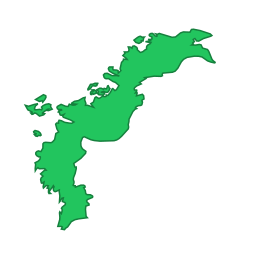 Ostrobothnia, Natural Earth projection, rotated 350°
{"feature_id": "FIN-3182", "entity_name": "Ostrobothnia", "entity_type": "Province", "adm_level": 1, "iso_a3": "FIN", "parent_name": "Finland", "parent_adm1": "", "projection": "natural_earth1", "projection_center": [22.043, 62.87], "detail": "fine", "context": "isolated", "style": "filled", "palette": "green", "viewbox_px": 256, "rotation_deg": 350, "n_neighbors": 0, "source": "natural_earth", "source_scale": "10m", "svg_char_len": 5609}
<svg xmlns="http://www.w3.org/2000/svg" viewBox="0 0 256 256"><g transform="rotate(350 128 128)"><path d="M47.8,217.1L44.8,216.0L46.1,214.1L45.1,213.3L41.8,212.7L44.8,206.5L45.4,204.1L45.8,199.6L46.3,198.7L47.5,200.8L48.8,198.0L49.0,196.6L48.5,195.5L49.6,194.4L52.9,192.6L53.3,191.2L52.7,190.3L50.6,189.0L52.2,185.6L50.6,185.7L48.8,188.0L47.6,189.0L49.1,183.0L49.2,178.5L49.6,177.1L45.6,178.1L44.5,177.7L43.9,176.7L43.8,175.5L44.1,174.2L45.0,173.1L44.5,171.8L39.6,176.7L39.4,177.7L40.4,179.0L38.8,178.8L38.5,177.4L39.4,173.7L37.9,173.1L39.5,171.1L38.2,170.5L36.8,170.8L34.3,172.4L34.2,171.2L35.9,166.6L33.7,167.5L33.1,167.0L33.0,163.6L33.7,162.2L35.9,160.6L33.9,158.0L38.5,155.1L40.0,155.3L38.9,153.5L33.5,152.7L32.4,151.4L30.7,152.4L29.3,154.0L29.6,151.7L30.7,147.9L30.4,146.1L33.9,145.0L35.7,143.6L36.5,142.2L36.5,141.1L35.0,140.9L33.2,139.3L32.6,137.6L33.0,136.2L34.2,135.3L35.8,135.0L38.2,136.1L40.7,133.0L41.5,128.8L42.7,127.8L44.5,127.8L49.6,129.1L51.1,128.7L53.7,126.7L56.0,120.9L59.0,119.9L57.8,116.5L57.4,111.7L57.7,111.4L58.6,110.7L60.4,111.2L60.5,109.7L61.5,108.4L63.6,109.2L66.6,111.4L71.1,113.0L73.4,113.6L75.8,112.7L72.6,110.0L66.2,106.2L65.8,104.9L67.2,103.5L65.2,104.0L64.2,103.8L63.4,103.2L63.0,100.4L62.1,100.2L62.6,99.2L65.7,98.9L65.7,98.3L62.8,97.6L61.9,96.9L61.6,95.3L62.2,94.5L66.2,93.1L70.4,95.8L72.8,96.4L74.3,94.3L77.7,96.0L79.8,96.2L81.4,95.6L76.9,94.3L76.9,93.7L79.9,92.4L83.9,92.4L89.2,90.5L91.1,90.4L90.2,92.7L90.8,96.5L90.0,98.3L91.9,98.5L97.7,101.6L95.6,97.6L98.4,96.5L100.7,92.4L102.0,91.8L104.2,93.7L105.3,93.7L108.3,92.4L110.6,93.1L111.8,93.1L112.2,92.8L112.3,91.7L113.9,92.4L116.9,89.8L119.4,86.5L119.9,86.5L121.6,88.9L123.3,88.2L126.5,84.6L123.5,80.9L121.4,79.7L117.4,76.0L115.0,75.7L114.1,75.2L113.3,74.1L113.0,71.5L114.6,70.3L117.1,70.5L121.4,73.7L126.0,74.4L128.5,75.4L122.4,71.3L119.5,68.7L118.9,66.3L119.6,65.1L120.4,64.7L123.8,65.3L123.3,67.3L123.5,68.2L126.9,69.0L128.2,69.8L128.0,72.1L128.9,71.7L131.0,70.2L130.5,68.6L130.7,67.8L133.0,62.3L135.2,60.6L135.5,59.4L139.1,60.4L138.5,59.2L135.5,55.8L138.1,53.8L137.6,52.5L140.7,53.0L142.0,52.6L142.6,50.9L142.3,48.2L144.1,48.6L145.8,50.1L146.4,48.7L147.1,48.2L148.6,48.3L150.6,50.1L151.0,51.2L150.7,52.5L153.0,55.4L153.5,55.8L155.9,55.4L158.6,53.9L160.0,53.6L160.3,51.6L160.8,50.6L161.9,49.7L164.2,49.0L165.3,48.0L160.2,46.0L165.3,46.0L163.3,44.1L165.2,44.7L167.1,44.4L167.3,42.4L165.7,41.6L165.0,40.6L165.3,39.5L166.8,38.9L168.3,39.0L169.2,39.7L170.5,41.8L171.8,42.7L172.6,42.5L172.6,41.5L171.8,40.2L173.3,40.8L175.2,40.3L187.1,46.3L190.6,46.6L196.2,43.5L199.2,43.0L205.6,44.4L207.6,42.0L209.6,42.1L216.0,44.6L225.3,49.6L226.7,51.5L225.5,52.0L217.8,53.0L212.8,54.7L210.7,54.2L209.4,51.5L209.1,51.6L207.6,52.1L208.4,54.5L206.7,55.2L206.5,55.4L206.9,56.7L205.3,57.3L208.9,58.1L212.8,58.1L214.4,58.8L215.3,62.2L219.9,64.5L220.8,66.4L222.6,74.8L223.4,76.4L225.2,78.4L225.0,78.8L224.4,78.9L220.9,77.4L218.0,75.7L213.2,70.9L210.0,69.6L205.9,68.8L198.5,68.7L194.7,70.0L192.0,72.1L187.4,77.8L184.3,80.2L181.5,80.8L171.9,80.0L170.9,81.1L171.0,82.5L169.5,82.9L162.8,81.5L153.2,81.3L154.3,82.4L147.2,85.1L148.7,86.9L143.9,88.1L141.6,89.4L140.9,90.4L141.0,91.7L143.1,92.1L143.1,92.9L141.4,94.7L143.0,94.7L143.1,95.1L141.9,97.8L148.0,97.3L149.0,98.9L148.8,102.2L146.8,102.9L146.3,103.7L146.7,104.2L146.7,105.2L145.7,107.5L144.6,108.0L142.1,107.8L139.6,108.5L138.8,109.4L139.9,110.4L138.3,110.7L135.7,112.6L130.6,119.4L130.0,121.9L128.8,124.7L128.8,127.2L128.1,128.9L120.3,135.0L117.2,136.9L114.8,137.8L112.1,138.1L98.2,136.1L92.6,134.5L89.4,133.1L83.4,129.0L81.6,129.5L79.1,133.6L78.6,136.9L78.7,138.3L79.5,140.6L82.5,143.7L81.8,145.6L76.3,149.7L68.4,153.5L68.8,156.8L69.1,157.4L70.2,157.4L70.0,159.0L68.1,163.5L65.7,167.5L65.2,169.3L65.5,171.7L65.0,173.3L64.0,174.8L64.3,175.3L66.0,175.7L65.9,177.1L71.7,176.1L74.4,176.6L75.4,177.4L75.6,178.7L74.0,179.0L75.1,182.3L75.0,185.3L76.1,186.5L79.3,187.2L80.8,188.3L81.4,189.1L81.0,190.2L75.7,191.4L74.6,192.5L74.8,193.8L76.4,195.9L76.3,197.1L72.9,197.6L72.0,200.7L71.4,207.7L72.4,209.3L63.7,208.9L59.7,209.1L55.9,210.4L51.4,214.9L49.3,215.8L47.8,217.1ZM56.1,91.7L55.6,93.0L55.6,94.2L56.6,96.3L52.8,97.1L51.8,96.8L53.0,95.6L51.7,95.6L46.4,98.3L46.4,98.9L48.4,99.5L47.2,100.4L42.9,100.9L40.2,97.8L38.8,97.0L36.8,97.9L35.8,97.9L34.8,96.3L36.3,96.3L36.3,95.6L32.5,92.7L30.8,87.8L33.8,89.3L39.7,88.5L42.9,88.4L42.9,89.0L40.8,90.1L39.3,92.4L39.6,93.3L39.3,93.7L40.4,94.1L44.4,94.3L46.1,95.1L46.9,94.0L46.4,92.4L48.3,91.2L51.2,90.4L54.2,90.4L56.1,91.7ZM109.5,91.3L105.2,90.3L104.7,89.8L105.0,89.4L103.8,88.6L103.9,88.2L105.0,87.8L105.4,87.1L104.0,84.9L107.0,83.9L108.6,84.2L110.6,85.6L111.4,84.8L113.3,85.7L114.2,84.9L115.2,83.0L115.9,82.9L116.5,85.3L117.1,86.0L115.3,88.5L114.3,89.2L112.7,89.2L110.4,87.7L107.3,88.1L110.6,89.1L110.9,90.1L109.5,91.3ZM158.4,41.0L159.9,41.3L159.3,41.7L157.9,44.9L156.5,44.3L156.1,44.5L156.4,45.3L156.0,45.8L153.4,46.6L150.6,45.1L149.1,42.5L153.2,40.4L155.1,39.8L156.4,39.9L157.8,41.3L158.4,41.0ZM48.5,87.8L48.2,86.2L45.4,86.5L41.9,83.9L50.5,80.5L52.6,81.9L52.6,83.4L51.4,85.1L48.5,87.8ZM40.2,120.4L38.9,119.7L37.2,120.5L35.6,119.8L34.8,118.4L35.9,118.8L36.5,117.6L35.1,116.8L34.5,116.0L34.4,115.2L36.0,114.3L39.2,115.8L40.7,117.7L41.1,119.0L41.2,119.9L40.2,120.4ZM95.7,83.6L95.1,83.4L95.3,82.5L98.6,78.5L101.1,78.7L103.3,78.2L106.0,78.7L106.0,79.0L104.7,79.3L105.1,80.2L104.5,80.9L103.2,81.1L100.8,80.3L99.8,80.6L98.6,82.0L95.7,83.6ZM99.4,84.3L101.3,84.5L103.4,86.4L102.3,88.3L99.9,88.8L99.4,88.4L99.2,87.5L98.7,87.7L98.1,88.8L97.2,88.5L97.0,87.9L97.2,86.8L98.0,85.6L99.0,85.3L101.1,85.8L99.4,84.3Z" fill="#22c55e" stroke="#15803d" stroke-width="1.5"/></g></svg>